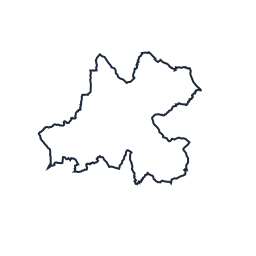 Pujili, Cotopaxi, Ecuador, rotated 317°
{"feature_id": "8360857B69808227880519", "entity_name": "Pujili", "entity_type": "district", "adm_level": 2, "iso_a3": "ECU", "parent_name": "Ecuador", "parent_adm1": "Cotopaxi", "projection": "equal_earth", "projection_center": [-78.915, -1.008], "detail": "fine", "context": "isolated", "style": "outline", "palette": "slate", "viewbox_px": 256, "rotation_deg": 317, "n_neighbors": 0, "source": "geoboundaries", "source_scale": "gbopen_adm2", "svg_char_len": 5825}
<svg xmlns="http://www.w3.org/2000/svg" viewBox="0 0 256 256"><g transform="rotate(317 128 128)"><path d="M163.2,180.3L162.6,175.1L161.3,173.1L160.1,172.4L158.7,169.8L156.3,168.7L154.2,168.2L152.8,165.8L150.8,166.4L149.6,166.1L148.9,165.6L148.9,164.3L149.3,161.9L147.4,158.5L148.5,157.5L148.7,156.4L148.6,155.0L148.1,152.4L149.1,151.2L149.7,149.2L149.8,146.8L149.6,143.7L149.8,142.1L151.4,139.4L152.1,137.4L153.1,136.8L156.7,136.7L159.3,138.3L160.6,140.0L161.2,141.2L161.6,141.2L162.1,141.7L162.3,142.9L163.5,143.5L164.1,143.2L165.3,143.8L167.7,143.4L168.4,143.9L169.8,143.4L171.2,144.1L172.4,144.2L175.4,143.0L177.6,144.1L178.0,144.7L178.6,144.6L179.1,143.5L179.5,144.0L180.3,144.2L180.8,144.7L181.4,144.4L182.1,145.1L182.5,145.1L182.8,146.4L183.9,147.4L184.3,148.3L185.3,149.0L185.9,150.4L186.4,150.3L186.6,150.9L187.0,150.8L187.2,151.1L188.0,151.0L189.6,149.9L190.5,149.9L190.8,150.3L191.5,149.5L192.7,149.7L192.9,149.1L194.2,150.1L195.5,149.4L196.5,149.6L196.7,148.9L197.0,148.7L197.1,147.7L197.4,147.6L198.4,147.9L199.6,147.6L200.3,148.3L200.7,148.0L201.1,148.2L201.9,147.4L202.5,147.5L202.5,147.1L202.9,147.0L203.6,147.0L205.5,147.9L206.1,148.7L206.4,149.7L206.9,150.0L207.3,149.0L206.8,143.7L207.2,138.8L209.9,132.0L210.8,130.5L212.3,129.6L212.9,128.8L213.9,126.6L213.8,126.2L212.8,125.8L212.4,125.3L212.4,124.8L211.9,124.4L211.9,123.5L211.6,123.4L211.6,123.0L211.1,122.8L211.1,122.2L209.9,121.2L208.1,120.5L207.0,118.7L205.6,117.6L205.1,117.5L204.9,117.0L204.6,117.1L204.4,116.5L203.9,117.0L203.5,116.8L202.9,117.0L202.5,118.1L201.7,117.8L202.1,117.6L202.4,117.1L202.0,116.1L201.5,115.5L201.1,113.8L200.7,113.8L200.3,111.3L200.4,110.7L200.6,110.5L200.5,108.2L200.0,106.7L199.1,105.7L199.0,104.7L198.4,103.7L198.2,101.9L198.3,100.4L195.0,100.2L194.5,98.7L194.5,96.5L194.4,96.0L195.3,95.9L195.1,87.9L194.9,86.8L194.6,86.6L194.2,87.0L193.5,86.5L192.0,84.6L189.2,82.6L188.6,83.6L187.7,83.5L186.2,84.2L184.9,83.6L184.2,83.8L183.0,84.9L181.5,85.2L181.4,86.0L180.8,86.9L179.9,86.4L178.9,86.8L178.7,87.9L178.1,88.2L177.4,87.6L176.8,88.2L176.6,89.3L175.3,90.1L174.8,89.9L173.7,90.0L173.3,89.8L173.2,89.4L170.5,91.5L168.9,92.0L166.7,94.0L166.6,94.5L167.1,95.2L167.0,95.6L166.6,95.9L161.1,95.9L159.5,94.5L157.8,94.2L157.5,89.1L156.1,86.6L155.6,84.1L156.6,81.7L156.4,79.7L158.2,77.5L158.7,75.9L158.4,74.2L157.3,72.4L158.0,70.4L158.1,67.0L159.3,60.0L158.0,58.0L157.7,55.0L153.5,55.4L150.3,56.8L149.8,58.2L149.0,59.0L148.2,60.7L147.6,61.4L146.1,61.9L144.3,64.4L143.3,63.3L143.0,63.4L142.2,62.9L141.8,62.4L141.8,62.1L140.8,61.2L140.0,61.0L139.7,60.4L138.0,62.9L136.6,63.6L134.6,66.3L133.2,67.0L130.5,70.9L125.3,76.0L123.5,76.2L122.3,75.9L121.3,76.4L120.3,75.2L118.2,73.6L117.9,73.0L117.2,72.6L116.7,73.2L115.7,73.3L115.1,74.2L112.9,76.2L111.3,77.0L110.3,78.4L109.9,78.7L109.2,78.5L108.4,79.9L106.9,80.4L105.9,82.1L105.0,81.9L104.2,81.1L103.7,81.1L103.4,81.5L102.9,81.5L102.7,81.7L102.0,81.2L100.8,81.3L99.7,81.8L98.3,83.0L97.5,83.3L97.1,83.9L97.0,84.7L96.5,85.0L95.9,85.0L95.1,84.4L94.2,83.2L94.2,82.6L93.3,82.1L92.8,82.4L92.5,83.1L90.6,83.5L89.6,83.4L88.3,83.9L86.7,82.7L86.8,81.8L86.7,80.7L86.4,80.0L86.0,79.7L84.9,79.9L84.2,81.4L83.4,82.1L82.1,82.0L80.6,80.2L79.9,79.8L79.7,78.8L79.1,77.7L77.9,77.2L77.2,75.6L76.3,75.1L75.2,75.0L74.5,75.3L73.1,74.9L72.4,74.9L71.6,74.0L70.4,73.8L69.5,72.0L68.9,71.5L66.8,71.1L66.3,71.6L65.5,71.3L64.2,71.7L63.9,71.5L61.3,71.4L60.8,71.0L59.1,71.1L58.6,71.9L58.5,73.7L58.1,74.1L57.4,75.7L56.8,76.1L56.8,77.0L56.5,77.6L56.5,81.0L56.2,82.5L56.3,85.2L55.9,88.2L56.3,89.9L55.8,91.3L53.4,94.0L52.9,94.2L52.3,95.0L52.1,95.9L47.3,101.3L46.1,101.4L45.5,102.1L44.7,101.8L42.1,102.8L43.7,103.1L45.4,103.0L46.3,103.4L46.7,103.3L47.2,104.1L48.9,104.9L49.8,103.8L51.3,103.7L52.1,104.2L52.7,105.6L53.6,106.3L54.8,107.9L56.2,108.8L60.6,105.0L61.1,105.3L61.8,106.6L61.6,108.7L62.4,109.5L63.9,109.5L63.9,111.8L64.3,111.5L65.0,111.8L65.6,111.3L66.1,111.5L67.1,113.1L67.7,113.6L68.0,115.9L66.7,120.7L65.3,119.9L64.3,119.9L63.5,119.5L62.1,121.4L61.2,121.4L60.4,123.3L59.0,123.3L60.5,124.7L61.7,126.4L64.0,127.8L65.2,128.0L66.3,128.6L68.1,129.0L69.2,130.2L69.6,130.2L71.1,129.1L71.5,127.7L72.1,127.2L72.4,126.3L73.8,126.2L74.3,127.0L75.1,127.4L75.3,128.6L75.8,128.8L76.4,128.4L77.2,128.5L77.6,129.1L78.7,129.1L79.1,129.5L79.0,130.5L79.2,130.8L81.2,131.2L81.8,131.7L82.3,131.8L82.9,131.8L83.9,131.4L83.9,129.5L84.3,129.0L85.5,129.4L86.5,128.9L87.2,129.5L88.2,129.4L88.2,130.9L89.1,131.5L89.7,132.6L88.9,134.9L89.0,138.6L87.7,143.7L89.0,144.3L90.9,146.9L91.8,148.9L92.7,150.0L93.5,151.7L94.7,151.2L96.4,149.8L99.6,149.6L101.5,148.1L103.7,148.1L104.9,147.3L105.2,146.7L107.1,146.0L107.6,146.3L110.3,144.2L112.1,143.7L112.7,144.2L113.4,146.0L113.9,148.2L112.3,148.5L110.6,149.6L109.9,150.6L108.0,152.4L106.9,155.4L106.9,156.0L106.3,156.4L105.4,158.5L104.2,159.9L103.2,160.3L102.8,160.8L102.7,162.0L102.3,162.3L102.0,163.9L102.1,164.6L101.9,165.7L100.4,166.6L99.9,167.9L99.2,167.9L98.9,168.2L98.5,169.1L98.1,171.7L96.5,171.3L96.2,171.7L96.3,172.9L96.0,173.5L95.6,173.7L95.6,174.2L95.9,174.4L96.2,175.1L96.5,174.9L97.4,175.3L98.7,174.8L98.9,175.8L99.8,174.8L100.7,176.2L101.5,175.6L102.4,175.8L102.9,175.0L103.7,175.4L104.3,175.3L104.9,174.6L106.5,175.0L108.1,174.5L108.6,174.1L109.7,175.0L111.0,174.4L111.8,174.3L111.7,175.9L112.6,178.3L113.4,179.6L113.1,181.0L112.1,182.6L112.0,183.2L112.4,184.1L112.2,185.0L112.2,186.0L112.7,187.0L112.9,188.1L113.5,188.5L114.7,189.9L116.6,189.6L117.3,190.0L118.0,191.5L120.0,194.1L121.5,195.5L122.0,196.5L121.8,197.6L123.8,196.3L124.5,195.5L124.9,195.5L127.5,196.4L129.2,198.2L133.0,199.0L136.7,200.7L137.5,200.6L138.2,201.0L140.6,198.9L140.4,197.0L141.4,196.9L142.5,198.8L143.7,196.5L145.4,194.8L148.3,194.3L151.2,191.2L152.3,187.5L153.1,186.2L153.4,185.4L153.5,182.4L153.9,181.3L154.5,181.0L155.9,180.8L160.6,181.0L163.2,180.3Z" fill="none" stroke="#1e293b" stroke-width="2"/></g></svg>